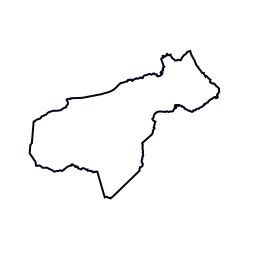 outline of Morazan, Yoro, Honduras, rotated 62°
{"feature_id": "27666195B65366922355243", "entity_name": "Morazan", "entity_type": "district", "adm_level": 2, "iso_a3": "HND", "parent_name": "Honduras", "parent_adm1": "Yoro", "projection": "natural_earth1", "projection_center": [-87.562, 15.347], "detail": "fine", "context": "isolated", "style": "outline", "palette": "ink", "viewbox_px": 256, "rotation_deg": 62, "n_neighbors": 0, "source": "geoboundaries", "source_scale": "gbopen_adm2", "svg_char_len": 5634}
<svg xmlns="http://www.w3.org/2000/svg" viewBox="0 0 256 256"><g transform="rotate(62 128 128)"><path d="M89.3,36.9L88.9,38.2L88.8,40.1L89.8,42.2L90.0,44.6L91.6,47.9L92.7,49.2L92.9,49.7L92.5,50.4L91.5,51.3L91.2,51.9L91.1,52.3L91.2,53.0L91.2,53.6L90.9,54.2L90.5,54.7L90.0,54.9L89.1,55.0L87.3,56.2L86.3,56.1L84.7,56.2L84.0,56.6L83.2,56.1L83.2,56.9L82.8,57.6L82.6,58.4L81.3,58.5L80.9,58.7L81.0,58.9L81.9,59.6L82.1,59.9L82.1,60.3L81.7,60.9L82.2,61.6L82.3,62.0L82.1,62.5L80.8,62.9L80.7,63.2L80.6,63.6L80.8,63.7L81.9,63.5L82.4,63.6L82.5,64.1L82.2,64.9L82.2,65.5L82.4,66.0L82.7,66.3L87.8,67.1L89.7,67.5L90.2,67.5L90.5,67.3L90.7,67.0L90.9,67.0L91.1,67.2L91.3,68.7L91.4,69.0L92.3,69.3L92.8,70.1L93.3,69.7L93.6,69.9L93.8,70.6L93.9,72.3L94.3,73.1L94.8,73.3L95.4,73.2L95.6,72.9L95.7,72.2L95.8,72.0L96.4,72.6L96.7,73.6L96.9,74.3L96.9,75.0L96.6,77.0L96.1,77.7L95.9,77.9L95.6,77.9L94.7,77.5L94.3,77.5L93.9,77.8L93.5,78.7L93.3,79.1L93.0,79.2L92.3,79.2L92.2,79.4L91.7,80.3L92.0,81.3L91.8,82.4L90.6,83.3L90.4,83.6L90.2,84.2L90.1,85.0L90.0,86.8L89.3,88.8L89.4,89.1L89.6,90.1L90.4,91.1L90.8,91.4L90.9,91.6L90.7,92.0L90.0,92.5L89.1,93.4L89.1,93.7L89.3,94.4L89.2,95.5L88.9,96.4L88.9,96.7L88.7,96.9L87.9,97.3L88.1,98.1L87.9,99.8L88.3,101.3L88.4,102.1L88.3,102.3L88.0,102.3L87.8,102.1L87.5,101.9L86.9,102.1L86.5,103.7L85.9,104.4L86.1,105.1L85.6,105.5L85.7,105.8L86.0,106.1L85.9,106.3L86.0,106.5L86.5,106.8L86.0,108.4L85.8,110.0L85.4,111.9L84.9,113.2L85.4,115.6L85.9,117.3L86.6,119.1L87.4,122.6L87.5,125.7L87.1,129.0L86.4,131.7L85.7,135.5L79.9,154.2L75.0,164.3L75.4,165.0L75.4,165.3L74.8,165.9L74.4,166.6L74.0,168.1L74.0,168.8L74.4,169.1L74.8,169.2L76.4,168.8L78.6,169.8L78.9,170.2L79.3,171.6L79.8,172.2L80.4,172.5L80.7,173.0L80.3,174.2L80.3,176.5L80.5,178.0L80.8,179.0L80.0,180.9L79.3,183.0L78.0,185.2L77.4,187.2L77.3,188.3L77.0,189.3L77.0,190.1L76.8,190.8L77.3,192.9L77.8,193.9L77.4,195.4L77.7,196.3L77.3,198.0L77.3,198.7L77.7,199.5L77.9,200.1L78.3,200.6L78.4,201.2L78.3,201.9L78.0,203.0L77.8,204.5L78.0,206.4L78.3,207.0L78.0,207.5L78.0,207.8L78.2,208.4L96.1,219.9L97.4,222.4L104.2,226.7L114.4,225.6L118.2,226.9L118.4,226.8L118.5,226.5L119.6,223.7L121.1,222.8L122.9,222.2L123.6,220.9L124.1,220.2L124.7,218.7L125.4,217.8L127.2,216.8L128.5,215.6L129.9,214.6L130.7,214.2L131.8,213.7L132.0,213.5L132.5,211.3L133.2,209.8L133.5,207.9L134.0,207.1L134.5,207.0L134.7,206.9L135.0,205.1L134.9,204.5L134.4,203.6L134.3,202.3L133.8,199.7L133.8,199.3L134.1,197.3L134.2,196.3L134.5,195.9L134.6,195.5L134.5,195.2L133.7,194.9L133.7,194.6L133.8,194.3L134.0,194.1L134.7,194.1L134.9,193.7L135.3,193.5L135.6,193.2L135.9,193.1L136.2,192.8L136.5,192.8L137.0,192.9L137.2,192.2L137.7,192.4L138.1,192.3L138.2,192.0L138.3,191.0L138.6,190.6L139.2,190.8L139.6,190.8L140.2,191.0L141.3,189.9L142.4,189.1L142.6,188.7L142.1,187.1L142.7,186.3L142.9,185.9L143.2,185.5L145.5,184.2L145.5,183.4L145.6,183.2L145.9,183.3L146.3,183.8L146.7,183.7L147.3,182.9L148.1,181.4L148.7,180.8L149.0,180.1L150.1,180.0L150.6,179.7L150.9,179.3L150.9,177.8L151.1,177.6L151.4,177.5L151.6,177.4L151.7,177.1L151.7,176.2L152.3,175.6L178.3,181.1L178.3,180.4L178.6,179.9L178.7,179.0L180.2,178.1L181.1,177.1L181.8,176.6L182.0,176.2L181.5,175.6L181.7,175.1L181.7,174.6L171.1,137.8L169.3,136.9L168.9,136.5L168.4,135.9L168.8,135.7L168.3,133.2L166.9,131.8L166.6,131.8L165.8,132.0L165.1,131.6L164.3,131.9L163.2,131.2L162.6,130.7L162.4,130.2L161.4,129.7L160.8,129.1L160.8,128.9L160.0,128.7L159.6,128.2L159.5,127.6L159.3,127.4L158.7,127.2L157.3,126.6L156.4,126.5L156.0,125.8L155.0,125.3L153.9,125.3L153.2,125.0L152.9,124.8L152.3,124.1L150.9,123.9L150.1,123.1L149.5,122.7L149.0,122.6L148.8,122.7L148.7,122.9L148.4,122.9L148.1,122.6L147.8,122.0L144.9,109.7L144.3,109.2L143.5,108.2L142.3,107.3L141.3,106.3L140.9,104.8L140.3,104.6L139.5,105.0L135.2,100.8L134.4,101.5L133.1,102.2L132.0,102.3L131.3,102.2L131.2,101.9L131.1,101.3L130.9,100.7L129.2,99.3L128.1,97.7L127.8,97.0L127.7,95.1L127.5,94.7L127.9,93.8L128.2,92.3L129.6,90.2L130.2,89.0L131.4,87.5L131.4,87.1L131.3,86.5L131.3,86.2L131.8,85.5L132.6,85.0L133.0,84.6L133.3,82.6L133.5,82.2L134.1,81.4L134.3,80.9L134.2,80.2L132.6,78.1L132.6,77.5L132.9,76.4L132.8,75.9L132.6,75.8L132.3,75.8L131.4,76.4L131.0,76.6L130.5,76.3L130.0,75.7L130.0,75.4L130.8,74.9L131.4,74.3L131.3,74.1L130.8,73.8L131.5,72.5L131.9,72.9L132.2,72.8L132.4,72.4L132.5,71.7L132.8,71.3L133.0,70.9L133.7,70.3L134.0,70.1L134.7,70.2L135.3,69.4L136.5,68.7L137.5,69.0L137.8,68.9L138.0,68.5L138.3,68.2L140.4,66.9L142.2,65.2L143.6,64.2L143.9,63.6L144.0,63.2L143.9,62.8L143.6,62.3L143.2,62.2L143.1,61.9L143.2,61.6L143.9,60.7L144.0,60.3L143.9,60.0L143.4,59.2L143.6,57.6L144.2,56.8L144.3,56.6L144.3,56.3L143.8,55.3L143.8,54.5L144.0,53.2L144.0,52.4L143.9,51.9L143.6,51.3L143.5,51.1L143.6,50.9L143.4,50.5L143.7,50.1L143.7,49.9L143.5,49.7L142.8,49.5L142.6,49.3L142.7,49.1L143.2,48.5L143.0,47.8L142.6,46.6L142.6,46.3L142.9,45.7L142.9,45.3L142.6,44.7L141.9,44.1L141.9,42.7L141.5,41.8L141.7,40.6L141.7,39.5L141.3,38.6L141.5,38.2L141.3,37.1L141.7,36.3L142.1,36.1L142.8,36.4L143.1,36.1L143.2,35.2L143.0,34.4L142.4,34.1L141.8,33.9L141.8,34.1L141.6,34.1L140.9,34.1L140.2,33.4L139.5,31.5L138.9,30.5L138.3,30.2L137.2,29.9L136.4,29.3L135.9,29.1L133.5,29.8L132.6,30.4L130.5,30.6L130.1,31.2L129.5,31.1L129.1,31.2L128.9,31.4L128.5,32.1L128.2,32.9L127.3,33.1L126.6,33.9L126.3,34.0L125.8,34.0L125.2,33.8L124.2,32.5L121.8,33.6L120.7,33.8L118.8,34.4L118.7,34.5L119.1,35.5L117.5,35.5L116.3,35.7L115.0,35.2L114.6,36.3L114.1,36.8L113.7,37.0L112.4,36.7L108.7,37.6L108.2,37.6L107.3,37.3L106.1,37.9L103.8,38.1L103.4,38.0L102.9,37.8L101.1,37.9L100.4,37.5L96.0,37.7L92.7,37.6L90.0,37.2L89.3,36.9Z" fill="none" stroke="#020617" stroke-width="2"/></g></svg>